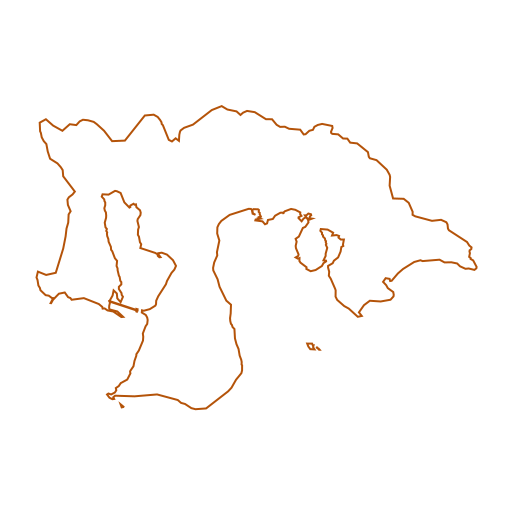 Grundarfjarðarbær, Vesturland, Iceland, rotated 178°
{"feature_id": "244011B76246482597042", "entity_name": "Grundarfjarðarbær", "entity_type": "district", "adm_level": 2, "iso_a3": "ISL", "parent_name": "Iceland", "parent_adm1": "Vesturland", "projection": "orthographic", "projection_center": [-23.233, 64.943], "detail": "fine", "context": "isolated", "style": "outline", "palette": "amber", "viewbox_px": 512, "rotation_deg": 178, "n_neighbors": 0, "source": "geoboundaries", "source_scale": "gbopen_adm2", "svg_char_len": 6138}
<svg xmlns="http://www.w3.org/2000/svg" viewBox="0 0 512 512"><g transform="rotate(178 256 256)"><path d="M474.5,248.0L476.1,242.2L475.2,239.7L474.5,234.1L473.1,231.7L472.6,229.3L467.6,224.2L464.5,223.6L461.4,221.1L460.0,221.0L460.6,220.1L460.0,219.7L454.3,225.2L448.4,226.2L445.2,221.4L443.0,220.5L441.8,218.7L429.5,219.9L414.8,213.5L411.4,210.5L411.1,208.8L409.1,208.9L406.3,206.8L400.6,205.5L392.7,199.7L390.9,199.8L396.5,205.4L404.2,207.7L404.6,209.2L404.4,211.5L403.6,214.3L404.0,215.6L376.9,205.6L377.4,204.7L377.0,204.5L376.2,206.9L376.8,207.1L376.5,206.2L379.9,207.2L404.0,216.1L400.7,221.5L399.5,226.6L396.4,223.4L396.1,218.5L392.9,214.6L390.4,219.9L391.6,221.9L391.7,223.6L394.2,227.8L394.1,230.0L391.6,232.3L391.5,234.6L392.5,236.0L393.0,239.9L393.7,241.1L394.8,246.6L394.8,248.5L395.7,250.9L395.0,256.0L397.1,258.7L399.5,265.8L400.6,267.3L400.7,270.2L402.8,275.4L403.0,278.2L404.0,281.1L404.2,283.5L403.9,284.8L404.8,286.3L404.1,288.2L405.4,289.9L406.0,294.6L404.5,299.4L404.3,301.7L404.5,304.8L405.5,306.7L405.9,309.1L404.9,312.0L404.8,314.8L405.5,316.1L405.7,317.9L408.1,320.7L407.2,323.0L401.2,322.5L394.6,326.0L392.8,325.6L389.1,323.7L385.7,314.2L380.8,308.8L379.9,309.3L380.1,310.3L379.7,310.9L376.5,312.5L375.6,311.5L374.2,311.8L373.8,308.9L370.3,305.7L369.7,303.3L370.1,300.9L372.9,297.0L373.3,295.2L372.0,289.0L372.9,286.5L373.3,281.3L372.3,279.4L371.5,273.8L370.3,271.8L371.3,268.0L356.6,262.6L354.4,261.2L354.1,259.5L352.6,258.1L351.5,258.2L353.3,260.8L353.5,262.2L350.1,262.6L344.9,260.5L339.1,254.7L336.3,248.9L338.1,245.2L341.0,242.1L345.8,234.2L347.0,230.9L355.1,219.2L357.3,214.8L357.6,211.3L358.3,209.9L364.0,206.6L370.1,205.2L371.8,205.7L372.1,203.5L368.2,200.9L366.9,198.3L366.5,195.8L367.1,191.9L368.8,189.6L371.8,182.5L371.5,179.2L371.9,175.4L376.4,165.6L379.0,162.0L379.1,160.5L381.1,155.4L382.3,150.1L385.6,145.6L385.9,144.7L385.6,143.1L389.0,137.0L395.6,133.7L397.7,130.8L400.7,128.9L400.3,126.7L401.8,124.5L405.6,122.7L408.3,123.7L409.7,122.8L407.4,119.5L404.5,117.9L402.8,118.1L403.6,119.8L401.7,121.3L382.3,120.0L359.7,121.1L339.2,114.8L336.0,111.8L332.1,110.6L325.9,106.2L321.8,105.0L311.2,105.4L288.6,121.7L285.1,125.2L280.3,133.0L274.7,139.4L273.9,142.2L273.7,147.3L274.2,148.0L274.0,150.6L274.4,152.9L275.8,157.0L276.7,163.7L278.6,168.6L279.9,174.4L280.1,183.8L281.9,185.8L282.5,188.0L283.4,189.1L284.0,192.0L284.1,194.8L283.3,199.5L282.7,208.2L287.2,212.4L293.5,226.5L295.2,234.1L299.2,243.1L299.3,245.6L298.0,251.0L294.7,257.9L294.9,261.2L292.1,272.7L294.0,279.8L293.6,286.0L292.0,289.2L289.4,292.3L280.9,298.0L261.7,303.4L259.4,303.2L258.6,302.4L257.9,298.4L255.1,297.2L257.6,298.8L258.1,302.0L256.9,302.9L252.3,302.6L251.5,301.9L251.8,300.0L250.7,298.9L250.9,297.8L249.8,295.3L252.9,294.5L250.5,294.7L250.3,294.0L251.4,293.8L250.2,293.2L255.1,292.5L255.4,291.6L248.3,290.4L245.9,287.4L243.8,288.2L242.8,291.6L237.9,292.4L235.5,295.6L230.1,298.4L227.5,298.4L227.0,297.0L227.1,298.4L225.6,299.7L219.3,301.8L215.1,300.8L210.2,298.0L210.4,296.3L209.2,294.5L212.1,293.2L212.2,292.4L209.2,289.1L207.2,291.7L204.6,293.1L205.7,294.9L204.2,294.9L202.2,296.6L199.6,295.8L199.4,294.8L200.5,294.0L201.4,291.9L198.7,291.4L201.9,290.3L204.4,292.9L202.7,290.3L202.4,287.7L205.7,283.4L208.2,282.4L212.5,273.9L215.8,271.8L214.9,268.9L216.0,264.7L215.8,262.4L213.4,256.1L213.8,254.6L216.4,253.2L214.3,251.9L212.6,252.4L212.8,249.5L211.8,247.8L205.9,243.0L206.1,241.3L201.9,238.9L196.9,239.9L190.5,243.7L188.8,246.5L186.1,248.2L186.2,248.9L188.7,249.3L186.4,253.6L186.3,255.9L184.5,261.7L185.8,264.7L185.2,265.7L185.8,267.1L185.5,268.4L186.2,269.0L186.5,271.1L188.3,273.0L188.3,274.3L189.3,275.4L189.2,277.0L190.8,278.9L190.3,280.7L183.5,279.9L178.1,276.6L179.3,273.8L174.8,274.1L172.3,273.1L172.9,271.5L170.7,269.5L167.6,269.4L168.7,264.4L168.4,263.0L170.4,262.0L171.3,257.5L174.0,251.7L178.3,248.6L179.6,246.1L184.3,243.6L184.4,242.0L183.4,237.7L183.9,233.7L182.1,230.7L178.0,220.3L177.6,218.9L177.9,212.6L176.4,209.3L169.6,202.9L165.1,200.2L156.4,191.7L152.4,192.4L155.1,196.1L149.8,203.1L143.8,207.3L133.0,206.2L123.1,207.6L120.0,210.8L119.7,212.4L120.1,215.2L125.4,219.3L126.9,222.3L129.9,225.7L127.2,229.3L123.3,228.5L122.8,226.3L121.3,226.5L114.8,233.6L109.5,237.9L98.1,244.5L91.8,246.0L89.7,245.1L72.7,245.9L67.8,243.0L61.0,242.9L55.2,241.5L52.5,238.6L47.1,235.9L43.9,236.1L38.2,234.5L36.2,236.0L35.9,237.4L39.1,244.0L41.6,245.5L41.5,246.4L43.0,247.7L42.1,251.4L42.5,252.9L42.3,254.2L40.6,255.4L40.3,257.1L42.5,259.0L44.6,262.6L62.3,275.0L63.2,276.7L63.5,280.9L64.6,283.1L69.8,285.7L78.9,285.0L95.5,290.1L98.1,291.7L97.9,294.7L101.5,303.8L106.4,308.0L117.0,308.7L120.0,321.6L119.2,330.3L119.6,332.4L122.3,337.7L132.2,347.6L138.8,349.7L139.8,351.2L140.5,355.9L151.0,365.0L157.9,366.0L160.6,370.1L164.9,370.4L169.6,374.7L175.5,375.4L176.6,376.4L176.7,377.5L175.0,381.3L175.3,383.3L185.3,385.7L189.7,384.8L193.1,383.1L194.7,380.1L198.3,379.3L202.2,376.0L204.1,375.8L207.4,380.7L218.5,382.0L222.7,384.2L227.4,384.2L230.8,386.4L235.2,392.1L241.3,392.4L252.2,399.8L259.9,401.3L263.9,399.7L266.6,397.5L270.4,401.2L279.5,403.4L285.1,407.0L295.1,403.4L314.4,389.5L323.4,386.6L327.0,384.1L327.7,382.6L328.4,379.9L329.0,373.8L332.2,376.4L336.0,373.4L339.1,375.1L344.5,390.0L345.6,391.2L345.8,393.0L347.1,395.3L349.4,398.4L353.3,400.8L362.2,400.3L383.0,375.9L395.8,375.8L403.5,386.5L410.5,393.3L413.5,395.7L419.2,397.5L424.2,398.2L427.5,396.7L431.0,393.1L437.5,394.2L445.1,387.9L454.2,393.4L461.2,400.0L467.5,396.8L467.4,388.2L466.7,386.5L466.0,382.1L464.1,378.2L461.6,375.2L460.5,367.8L458.4,360.4L451.2,355.5L448.0,351.6L446.2,348.6L445.9,342.4L434.8,326.7L437.2,323.9L441.0,321.2L442.5,318.9L442.2,313.6L439.7,307.2L441.8,304.1L442.5,295.9L444.4,290.1L445.6,282.2L448.4,270.2L456.7,246.2L466.4,244.4L474.5,248.0ZM205.0,161.0L200.8,160.6L202.1,162.9L201.6,164.7L202.3,164.6L203.0,166.5L207.9,166.7L206.9,163.8L205.0,161.0ZM395.5,109.4L393.9,109.7L393.7,110.0L396.5,112.5L395.5,109.4ZM462.4,216.0L460.6,219.0L461.1,219.3L462.9,216.1L462.4,216.0ZM197.4,161.4L196.2,160.1L195.7,160.1L196.8,161.4L197.4,161.4ZM199.0,162.8L198.3,162.1L197.4,162.2L199.0,162.8Z" fill="none" stroke="#b45309" stroke-width="2"/></g></svg>